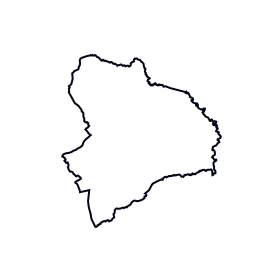 Waeng Noi, Khon Kaen, Thailand (Mercator projection), rotated 149°
{"feature_id": "78962969B33774110374884", "entity_name": "Waeng Noi", "entity_type": "district", "adm_level": 2, "iso_a3": "THA", "parent_name": "Thailand", "parent_adm1": "Khon Kaen", "projection": "mercator", "projection_center": [102.401, 15.798], "detail": "fine", "context": "isolated", "style": "outline", "palette": "ink", "viewbox_px": 256, "rotation_deg": 149, "n_neighbors": 0, "source": "geoboundaries", "source_scale": "gbopen_adm2", "svg_char_len": 5673}
<svg xmlns="http://www.w3.org/2000/svg" viewBox="0 0 256 256"><g transform="rotate(149 128 128)"><path d="M157.2,194.3L157.2,192.6L158.5,192.1L159.5,189.8L160.3,189.2L160.8,176.6L159.8,174.5L159.0,172.2L158.5,167.7L159.1,166.0L158.5,164.3L159.0,162.8L159.7,162.1L160.5,160.3L160.5,158.8L161.3,157.7L161.3,157.1L161.9,156.7L161.9,155.5L161.3,154.7L160.2,154.2L160.4,153.7L159.5,152.8L160.2,151.7L160.5,150.3L160.3,149.9L160.8,149.8L160.8,149.6L162.0,149.2L164.2,149.1L165.3,148.6L164.7,146.4L164.6,143.9L163.6,141.1L164.6,141.0L166.9,140.4L169.4,140.2L171.6,139.5L173.5,138.7L176.1,136.5L178.3,136.1L182.0,136.3L184.1,136.1L187.0,136.7L188.9,136.5L191.8,137.2L192.8,137.5L193.3,138.0L196.5,138.7L198.0,138.3L199.0,137.3L198.2,136.7L197.9,134.8L197.5,133.9L197.0,133.7L197.5,133.7L197.8,132.9L199.3,132.7L198.9,129.9L197.5,129.6L197.5,129.2L197.9,127.1L199.2,125.5L199.8,125.2L200.2,123.2L200.2,120.6L199.5,120.2L198.2,118.7L198.4,117.1L197.6,114.7L197.4,113.3L195.4,113.0L194.7,111.3L194.2,109.5L194.7,108.7L200.9,108.9L201.3,108.1L200.5,106.3L200.5,105.3L201.5,99.4L202.2,97.7L193.2,94.7L199.9,85.9L201.9,81.5L202.9,78.6L204.2,73.9L206.2,68.7L206.9,60.1L206.2,59.7L205.3,59.6L204.2,60.3L203.7,59.9L203.3,60.0L202.9,59.9L202.6,60.1L201.8,60.1L201.5,60.6L200.9,60.5L200.7,60.1L199.2,60.9L198.8,60.6L197.6,60.8L196.1,60.4L195.6,59.7L195.4,59.9L194.8,59.8L194.6,59.4L192.9,59.5L192.2,58.9L192.2,57.7L189.7,57.3L188.0,58.3L185.9,58.5L184.8,61.6L183.8,61.8L182.3,63.3L181.8,64.3L180.9,64.7L179.4,65.0L178.0,63.8L176.1,62.9L173.4,62.4L172.8,61.9L172.8,61.5L170.1,61.3L169.8,60.6L167.9,61.2L166.5,61.0L165.0,61.2L163.0,62.4L160.6,62.7L159.6,62.3L158.0,60.7L156.6,60.0L153.6,59.3L152.3,59.2L150.6,59.5L150.1,59.3L149.0,60.9L147.5,60.3L146.8,61.0L146.6,62.4L147.0,63.1L142.1,63.8L136.5,67.2L136.0,67.1L135.0,67.6L132.3,67.3L131.1,67.5L129.4,67.0L127.8,67.1L126.0,66.5L125.4,66.0L124.8,65.8L124.7,66.8L122.9,66.8L122.1,67.1L120.9,66.8L120.4,65.9L117.4,65.7L117.0,65.2L115.7,64.7L115.5,64.4L114.9,64.4L113.9,64.1L113.3,64.2L113.1,63.6L112.3,63.3L111.9,63.4L111.8,63.0L111.4,62.7L110.0,62.6L108.9,61.9L108.0,61.7L107.5,60.6L107.3,60.3L107.3,58.8L106.8,58.4L106.0,58.2L105.7,57.7L105.1,58.0L104.4,58.0L103.9,58.5L103.7,58.2L102.6,58.2L102.0,57.8L101.1,57.7L99.9,56.9L99.8,56.4L99.4,56.4L99.4,56.1L98.9,56.0L98.9,55.6L98.6,55.3L97.6,55.3L96.4,55.8L96.2,54.9L94.9,54.8L94.4,53.8L91.4,54.1L89.5,53.8L89.1,54.3L88.7,54.3L88.0,54.2L87.8,53.7L86.9,53.8L86.1,53.5L85.9,53.6L85.1,53.4L84.0,52.7L83.8,51.7L83.4,51.1L82.8,51.0L82.2,51.4L80.8,51.0L79.9,50.3L78.0,49.6L77.9,48.6L78.5,46.5L78.7,46.2L79.1,45.5L79.2,44.7L79.7,44.7L79.9,44.1L78.8,44.0L78.4,44.5L77.6,44.8L76.7,44.3L76.2,44.3L75.7,45.1L75.3,46.2L75.3,47.1L75.6,47.8L75.5,48.3L74.1,50.5L73.9,51.9L72.9,53.8L71.4,54.8L70.0,54.5L68.8,55.0L68.8,55.6L69.7,55.7L70.3,56.4L70.5,58.2L71.0,59.5L70.0,60.2L67.9,60.2L67.3,60.4L66.8,61.0L65.8,63.3L65.7,64.2L66.2,65.2L67.0,65.5L66.9,66.0L65.8,67.0L65.2,67.8L64.7,68.1L61.4,67.7L60.2,68.1L58.6,68.9L57.0,68.8L56.7,69.5L57.0,70.9L57.4,71.5L57.1,72.1L56.8,72.2L55.9,71.9L55.0,72.0L54.1,71.8L52.9,72.8L52.8,73.7L53.5,76.3L53.4,76.9L52.4,77.5L52.4,77.9L54.2,79.6L54.2,79.9L53.1,80.6L51.4,81.2L51.3,81.8L52.0,82.5L52.0,83.0L51.8,83.4L50.5,84.0L50.4,84.4L50.6,85.2L51.6,85.4L53.1,86.3L53.2,87.2L52.8,87.9L52.1,87.8L51.9,86.6L51.5,86.1L51.3,86.0L50.3,87.2L49.4,87.5L49.1,88.0L50.3,89.3L51.8,89.6L51.8,92.0L52.0,92.3L52.6,92.3L53.4,91.5L53.9,91.6L54.2,92.5L54.0,93.6L54.1,95.8L55.8,98.3L55.6,99.5L56.1,101.0L56.1,102.8L55.0,102.8L54.1,103.2L52.4,104.5L52.1,105.1L52.6,105.5L53.6,105.7L54.3,104.3L54.8,104.2L55.2,105.8L56.5,107.3L57.4,108.9L57.2,110.0L57.6,111.1L57.6,111.6L58.1,112.2L58.0,112.4L57.5,112.2L56.9,111.4L56.5,111.3L56.2,111.8L56.1,113.2L56.4,113.8L57.1,114.0L57.8,114.7L58.8,115.9L59.4,117.3L59.6,118.9L59.4,119.2L59.0,119.2L58.3,118.5L57.9,118.5L57.5,118.8L57.2,119.7L57.3,120.4L58.9,122.7L58.5,123.5L58.2,126.9L58.3,127.2L58.7,127.4L59.4,127.2L59.5,127.6L60.0,128.0L60.0,128.4L59.6,128.5L59.8,128.7L59.7,128.9L60.6,128.7L60.7,129.7L71.1,140.3L74.3,144.4L76.2,145.1L76.4,145.7L76.1,146.8L77.5,148.0L78.7,148.4L78.7,149.1L79.3,149.5L80.0,149.0L80.4,149.4L80.8,149.5L81.2,150.0L81.3,151.1L81.6,151.2L81.4,151.5L81.6,152.3L82.0,152.1L82.6,152.4L83.3,151.9L84.0,152.2L84.6,151.9L84.9,152.6L85.6,152.2L85.9,152.6L86.5,152.9L86.3,153.6L86.8,153.9L86.7,154.7L87.0,154.9L87.2,155.7L86.1,156.0L86.2,156.5L86.6,156.8L86.7,158.1L86.9,158.2L86.0,159.2L84.6,159.4L84.2,159.2L83.8,159.4L85.3,162.6L84.8,163.0L84.8,163.9L85.2,164.5L85.3,165.1L84.4,166.0L84.6,166.3L84.3,168.0L83.7,168.4L83.4,169.0L82.7,169.5L83.1,170.6L82.7,170.9L82.7,172.4L81.6,175.0L81.9,177.0L82.5,178.0L82.5,179.4L82.8,180.3L84.1,181.4L84.6,182.9L85.1,183.5L85.8,183.3L86.6,184.0L87.3,183.8L88.3,182.9L88.5,182.0L90.2,182.1L90.8,182.4L91.2,182.2L92.3,182.1L93.3,180.4L94.0,180.1L95.5,180.2L95.6,181.1L96.5,181.8L98.5,182.2L98.5,183.1L98.8,183.5L100.4,184.0L100.3,184.5L101.0,185.3L101.3,186.1L103.0,186.3L104.2,187.0L105.1,186.8L105.2,187.1L105.1,187.7L105.5,188.8L106.1,189.7L106.6,189.8L106.7,190.4L107.6,190.8L108.1,193.0L108.7,193.4L109.8,193.3L110.1,193.6L110.2,194.2L112.5,196.9L112.6,197.3L112.9,197.5L113.5,197.5L114.3,199.4L114.8,199.3L115.1,198.9L116.1,199.5L116.2,200.8L116.7,201.8L116.5,202.3L116.9,202.9L116.9,203.7L118.0,204.8L118.3,206.9L118.9,207.6L119.6,207.5L120.3,207.8L120.7,208.0L120.8,208.9L122.2,209.1L122.5,209.7L123.4,209.8L125.8,210.7L128.8,211.4L132.1,212.0L133.7,211.6L135.1,209.9L135.4,208.6L136.5,207.3L136.9,206.6L138.6,205.8L139.1,205.3L139.5,204.6L140.4,203.9L144.8,204.4L146.2,203.8L147.7,203.6L150.1,198.6L154.0,194.8L155.5,194.4L157.2,194.3Z" fill="none" stroke="#020617" stroke-width="2"/></g></svg>